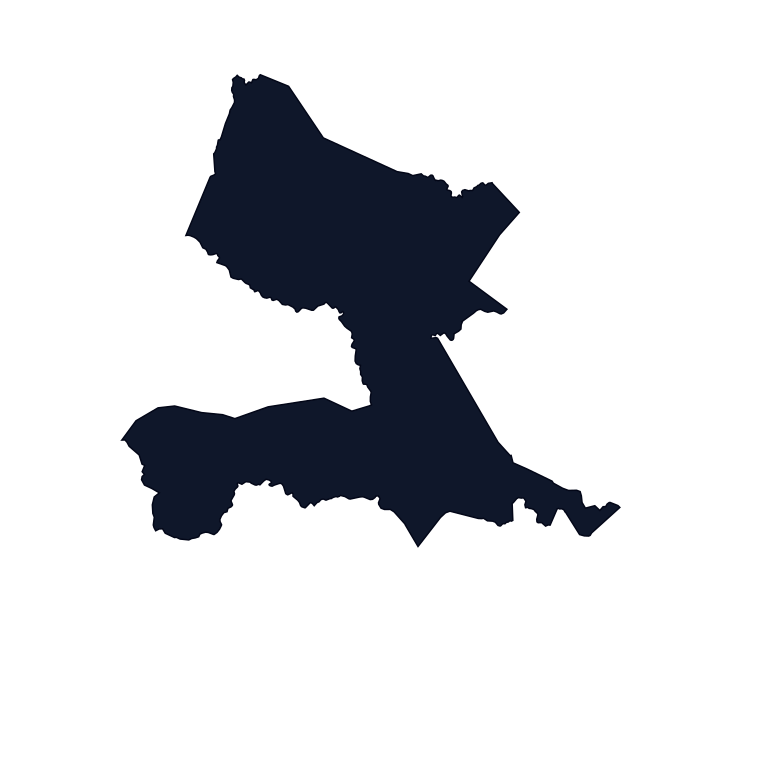 the district of Central Forest Reserve, Soufrière, Saint Lucia, rotated 295°
{"feature_id": "8701671B48782263961868", "entity_name": "Central Forest Reserve", "entity_type": "district", "adm_level": 2, "iso_a3": "LCA", "parent_name": "Saint Lucia", "parent_adm1": "Soufrière", "projection": "orthographic", "projection_center": [-60.974, 13.868], "detail": "fine", "context": "isolated", "style": "filled", "palette": "ink", "viewbox_px": 768, "rotation_deg": 295, "n_neighbors": 0, "source": "geoboundaries", "source_scale": "gbopen_adm2", "svg_char_len": 6171}
<svg xmlns="http://www.w3.org/2000/svg" viewBox="0 0 768 768"><g transform="rotate(295 384 384)"><path d="M416.1,202.6L417.2,208.0L418.8,210.1L418.8,210.7L417.2,215.0L416.9,216.5L417.1,219.3L416.8,220.7L414.7,222.2L414.3,226.4L413.0,227.7L413.5,228.5L415.2,229.9L415.4,231.3L414.4,233.3L412.7,235.2L411.7,237.2L411.7,239.2L412.3,241.5L414.3,243.8L414.5,244.7L414.2,245.6L412.8,246.9L412.9,248.2L415.5,251.0L415.3,253.4L413.2,258.2L414.0,261.3L415.4,263.5L415.2,269.0L414.3,271.8L412.7,273.2L412.3,274.7L413.4,275.8L417.6,277.2L418.7,278.2L419.6,281.0L420.3,287.4L421.1,288.9L426.7,291.1L431.0,295.8L433.2,296.5L433.7,297.9L430.9,305.1L431.5,306.3L433.3,307.3L433.3,308.4L432.1,311.2L430.6,312.7L429.8,314.1L430.5,315.1L432.2,315.9L432.2,316.4L431.4,317.4L429.9,317.7L427.9,317.0L425.9,314.9L424.6,315.2L423.6,316.2L422.6,319.0L419.8,323.9L418.9,327.0L418.1,331.8L417.3,333.0L415.8,334.1L412.2,335.1L411.9,337.6L411.1,338.5L410.1,338.7L406.6,338.2L404.4,338.6L403.7,339.7L404.0,343.2L403.7,344.0L403.0,344.4L397.3,346.1L392.6,348.1L390.8,350.2L390.5,352.5L391.0,354.8L387.6,355.7L385.6,357.5L382.8,358.8L381.3,361.4L377.7,362.9L375.7,364.7L375.2,365.4L376.1,367.7L376.1,368.8L374.4,370.5L371.9,375.0L370.8,376.0L366.6,377.1L362.4,379.0L359.8,381.5L358.1,380.1L345.8,366.3L345.8,335.6L314.3,288.6L289.6,263.5L288.0,250.7L281.0,230.8L275.6,203.6L266.9,189.3L245.9,174.8L222.4,170.1L223.8,172.9L222.6,175.7L219.8,179.4L216.2,192.1L209.1,198.6L209.1,201.5L202.3,201.9L200.8,205.1L198.0,203.9L194.8,204.7L191.2,209.6L191.2,217.8L190.4,226.4L184.5,223.5L176.6,225.1L169.0,229.2L166.2,232.1L158.7,234.5L156.7,236.2L154.5,239.1L157.6,241.5L159.2,244.5L156.3,248.8L156.3,259.0L157.3,260.7L157.3,264.7L160.2,273.0L162.7,275.0L164.7,277.9L167.2,280.6L170.1,280.6L172.0,282.2L174.3,284.9L175.2,287.5L175.6,293.1L175.9,293.7L179.0,295.4L182.9,296.3L187.1,296.4L187.9,296.2L190.0,293.6L191.9,292.5L195.8,292.4L199.7,293.2L201.9,295.7L205.4,295.1L208.0,297.3L209.8,297.9L210.7,297.6L213.1,295.0L214.0,294.6L220.1,295.1L221.3,294.9L223.4,293.3L225.9,293.6L228.7,294.7L229.8,294.7L231.6,293.1L232.2,293.2L232.8,293.8L233.0,294.7L233.1,297.6L237.0,300.0L237.3,300.7L238.5,304.2L238.0,305.5L238.0,309.9L238.5,311.2L240.0,312.6L240.2,314.2L245.3,316.0L247.8,317.4L248.4,320.0L248.2,322.5L247.3,323.5L246.4,323.5L244.9,322.4L244.1,322.4L243.7,323.2L243.8,324.8L244.2,325.9L246.0,327.3L249.6,331.1L250.3,332.4L250.3,333.3L250.0,334.3L248.8,336.2L243.1,341.3L242.8,343.3L243.3,344.0L246.7,346.7L245.9,348.0L243.8,349.0L242.2,355.0L240.9,357.5L238.6,359.8L238.0,361.3L238.3,364.5L238.6,365.0L245.0,367.2L245.5,367.8L245.5,369.5L244.2,372.2L248.2,373.4L249.8,374.9L252.4,375.6L254.1,377.4L254.2,380.5L257.2,383.4L258.1,384.9L258.5,384.9L260.0,386.1L261.7,388.0L262.0,389.7L263.5,391.1L264.6,391.5L265.5,396.3L265.1,400.7L265.4,401.9L271.2,409.6L272.7,412.1L273.1,413.8L273.4,420.3L274.7,422.4L277.3,423.8L278.9,424.0L280.2,426.0L278.5,428.9L274.1,429.2L272.7,430.1L270.2,433.8L270.5,437.5L273.0,442.7L272.4,447.2L265.7,462.8L265.4,462.7L251.1,483.5L286.9,491.6L293.3,494.2L296.6,497.5L302.0,526.3L303.3,529.5L304.4,531.0L303.7,535.5L305.6,540.4L305.8,543.3L304.0,547.1L304.3,549.2L305.0,549.8L307.5,550.6L308.5,552.7L310.2,553.3L311.6,555.1L313.2,555.7L313.6,557.5L314.8,558.4L330.0,550.6L331.0,551.3L336.2,552.7L337.9,553.9L338.6,556.6L339.6,558.2L339.6,559.2L337.7,562.2L334.1,562.7L331.7,564.6L333.0,566.6L332.6,568.1L333.3,570.1L333.6,572.9L332.5,574.9L331.7,577.5L330.7,578.7L325.9,579.6L323.7,580.9L323.4,582.3L325.0,585.4L323.5,590.5L325.6,592.3L326.3,594.2L344.1,593.7L345.0,594.7L345.0,596.1L345.9,597.4L346.1,599.1L345.8,600.6L344.6,602.0L344.4,602.9L330.2,624.9L331.0,629.7L332.7,633.8L333.9,634.8L336.8,635.1L371.8,649.9L372.7,647.4L372.2,638.9L371.6,638.1L369.6,637.0L366.6,636.7L365.4,634.4L360.6,633.1L362.8,626.5L356.6,619.0L360.3,613.6L366.1,610.1L369.4,607.2L369.1,603.5L365.5,596.2L365.0,590.0L365.7,579.4L367.0,577.4L367.4,549.5L367.1,534.2L373.0,529.4L372.4,528.6L379.4,512.0L448.1,413.2L448.1,411.7L445.3,407.3L446.6,406.7L448.3,406.6L449.0,407.0L449.5,407.9L449.3,408.8L449.5,410.0L451.7,410.2L452.7,411.4L451.8,414.5L455.1,416.3L455.8,417.0L455.6,418.7L454.1,420.9L451.9,425.5L452.1,426.6L452.7,427.4L453.6,427.8L454.9,427.8L459.1,426.3L463.4,429.3L466.3,430.5L470.4,428.9L473.7,428.7L473.6,428.3L486.0,435.2L489.4,436.7L491.1,438.0L492.6,440.0L492.4,444.5L492.9,447.7L496.6,452.6L496.9,455.7L496.7,459.2L497.0,460.6L499.0,462.4L503.7,463.8L513.1,417.6L568.1,425.7L596.7,434.1L611.6,397.3L612.1,396.9L609.9,393.7L607.7,392.7L607.1,392.0L607.0,391.1L608.0,388.8L607.9,388.2L606.9,387.1L604.4,386.1L603.7,385.2L602.0,384.6L599.7,382.7L597.7,382.7L596.6,382.2L595.8,380.2L594.9,379.3L594.3,375.2L592.6,373.4L590.9,373.2L586.9,376.1L586.0,376.0L587.1,372.6L586.4,371.9L584.5,371.6L583.8,371.1L583.3,369.0L582.3,367.5L582.2,366.2L583.1,365.0L585.6,364.4L586.8,363.5L587.1,361.9L586.6,359.7L586.9,358.6L590.5,358.5L591.1,357.9L591.6,355.8L593.1,352.8L593.2,351.1L592.8,349.3L591.1,347.2L590.8,345.4L590.2,344.7L591.4,342.6L593.4,340.3L593.6,339.2L592.9,338.0L590.4,336.9L589.7,336.1L589.8,333.7L589.3,331.8L590.2,328.9L585.0,322.0L585.0,317.0L582.0,306.1L581.4,225.0L613.5,171.7L612.0,141.2L611.0,140.7L608.0,141.0L606.6,140.2L605.7,139.4L605.1,137.3L604.5,136.5L601.2,136.6L600.9,136.5L600.9,134.7L600.5,133.8L596.7,132.5L597.7,130.4L598.8,129.6L600.2,129.3L601.2,128.2L600.7,126.7L601.2,125.4L600.9,123.0L601.7,120.5L599.6,119.9L597.2,118.4L595.8,118.1L593.8,119.8L592.2,120.4L589.9,121.2L588.3,120.9L585.7,121.9L584.2,123.3L583.1,125.3L580.9,126.1L578.3,128.5L576.0,129.5L570.3,129.3L567.3,128.8L563.4,129.7L553.1,130.2L539.2,132.2L536.0,132.2L535.2,130.8L534.7,130.8L530.1,132.1L528.0,132.1L526.4,132.8L522.2,132.9L520.6,132.4L505.0,141.0L503.7,142.3L503.1,142.4L501.4,141.5L499.1,139.3L498.0,139.0L434.9,141.7L436.0,143.5L436.6,145.6L436.8,149.7L436.5,152.5L434.8,157.3L430.9,162.2L430.9,165.6L428.9,168.5L427.5,169.7L427.2,170.6L427.8,172.4L429.0,174.3L431.3,176.7L431.4,177.8L430.8,178.8L430.2,179.0L429.2,181.3L428.6,181.7L425.1,181.0L423.4,181.2L424.3,190.4L423.7,192.3L421.9,195.6L416.3,200.1L416.1,202.6Z" fill="#0f172a" stroke="#020617" stroke-width="1.5"/></g></svg>